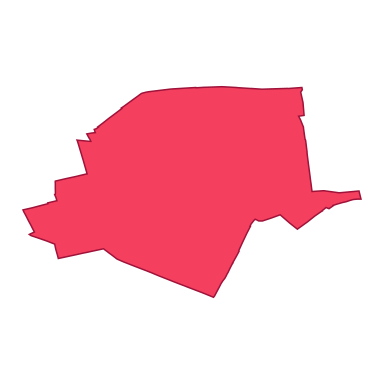 Auce, Auces, Latvia
{"feature_id": "27541924B35234927620739", "entity_name": "Auce", "entity_type": "district", "adm_level": 2, "iso_a3": "LVA", "parent_name": "Latvia", "parent_adm1": "Auces", "projection": "equal_earth", "projection_center": [22.905, 56.46], "detail": "fine", "context": "isolated", "style": "filled", "palette": "rose", "viewbox_px": 384, "rotation_deg": 0, "n_neighbors": 0, "source": "geoboundaries", "source_scale": "gbopen_adm2", "svg_char_len": 2571}
<svg xmlns="http://www.w3.org/2000/svg" viewBox="0 0 384 384"><path d="M329.0,208.7L333.3,205.7L333.1,205.4L337.1,204.1L342.3,202.6L346.3,201.7L349.5,200.6L349.8,200.5L352.9,199.6L354.1,199.4L355.6,199.3L357.8,199.1L361.0,199.1L360.9,198.7L359.0,191.0L339.2,192.8L323.8,190.7L312.0,191.5L311.0,183.4L310.8,182.2L309.5,172.0L308.5,164.6L307.5,156.7L307.1,153.5L307.0,151.2L306.9,150.6L305.6,140.2L305.0,139.0L303.5,128.2L303.5,127.5L303.3,126.7L303.2,126.5L300.4,119.6L298.6,116.2L304.1,115.4L303.0,102.5L300.7,92.1L302.3,89.8L301.9,87.5L288.3,88.5L287.7,88.4L271.5,88.9L261.9,89.2L251.7,88.5L250.7,88.5L238.2,87.7L236.3,87.5L229.5,87.1L221.8,86.7L204.9,87.3L204.1,87.3L196.1,87.8L195.9,87.5L184.3,88.2L172.9,88.9L170.3,89.1L148.8,91.7L146.0,92.2L143.7,92.8L143.3,92.9L142.8,93.0L142.6,93.1L142.3,93.1L141.7,93.4L141.2,93.6L132.3,100.1L123.4,106.6L122.3,107.3L121.3,108.0L121.9,108.5L112.5,115.6L111.6,116.3L109.5,117.8L104.7,121.6L103.2,122.8L97.9,126.8L98.4,127.1L96.3,128.7L94.2,129.4L95.3,132.6L91.3,133.1L86.8,133.9L88.9,137.8L90.0,139.4L90.8,141.3L89.8,141.3L89.2,141.3L78.7,140.3L77.0,140.1L77.6,141.6L78.0,142.9L83.1,159.9L83.6,161.6L83.8,162.3L87.1,173.9L85.8,174.1L74.4,176.8L65.6,178.7L55.3,181.1L55.2,181.7L55.3,183.3L55.3,188.3L55.4,192.5L55.3,194.0L55.1,194.6L54.7,194.6L54.8,194.9L55.3,196.1L55.8,197.1L56.9,200.7L47.7,202.9L47.9,203.7L43.2,204.9L32.6,207.7L23.0,209.9L23.7,211.6L24.9,213.8L26.4,216.6L27.0,217.8L28.4,220.6L30.9,225.2L33.0,229.4L34.4,232.0L29.3,234.4L30.1,235.0L31.0,235.6L46.5,240.9L46.7,241.0L54.7,244.1L55.0,245.6L55.7,249.0L57.7,256.1L58.3,258.5L70.9,255.8L75.6,254.8L83.2,253.1L87.3,252.3L91.3,251.4L96.9,250.2L103.5,248.8L104.2,249.3L104.9,249.9L107.1,251.5L109.4,253.3L110.6,254.1L111.8,255.0L113.2,256.1L117.1,259.1L123.8,262.0L135.3,266.5L138.2,267.6L141.0,268.7L143.4,269.6L151.6,272.8L154.4,274.0L158.5,275.7L174.9,282.2L176.7,282.9L196.2,290.4L201.5,292.4L210.9,296.2L213.5,297.3L214.6,295.9L218.2,289.1L218.8,288.0L219.1,287.4L221.0,283.7L222.8,280.9L225.0,278.1L226.6,275.1L226.7,274.7L228.0,272.5L230.2,267.9L232.0,264.4L232.7,263.2L232.8,263.1L232.6,263.0L233.8,260.9L235.6,257.7L237.2,254.8L239.1,251.2L238.9,250.3L242.1,243.3L246.7,233.6L250.4,226.4L250.0,226.3L251.1,224.0L254.7,219.5L255.2,219.6L255.5,219.3L256.1,219.6L258.6,220.9L260.4,221.0L261.2,221.0L262.4,221.0L271.4,218.0L280.2,214.8L280.4,215.0L289.6,223.0L297.4,229.2L298.0,228.7L307.6,221.8L315.0,215.9L319.9,212.5L321.2,211.6L321.9,211.2L321.7,211.1L324.4,208.9L325.7,207.8L326.0,207.5L329.0,208.7Z" fill="#f43f5e" stroke="#9f1239" stroke-width="1.5"/></svg>